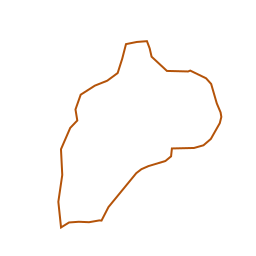 an SVG outline of María Trinidad Sánchez, rotated 73°
{"feature_id": "DOM-1982", "entity_name": "María Trinidad Sánchez", "entity_type": "Province", "adm_level": 1, "iso_a3": "DOM", "parent_name": "Dominican Republic", "parent_adm1": "", "projection": "albers", "projection_center": [-69.986, 19.439], "detail": "fine", "context": "isolated", "style": "outline", "palette": "amber", "viewbox_px": 256, "rotation_deg": 73, "n_neighbors": 0, "source": "natural_earth", "source_scale": "10m", "svg_char_len": 635}
<svg xmlns="http://www.w3.org/2000/svg" viewBox="0 0 256 256"><g transform="rotate(73 128 128)"><path d="M91.3,51.7L103.3,38.8L110.2,35.6L130.4,35.9L140.2,34.9L144.7,35.5L150.2,38.8L162.7,52.0L166.6,60.9L166.4,70.7L160.4,92.0L167.7,95.1L170.5,101.9L170.4,119.5L171.3,127.2L173.6,133.3L197.9,169.8L208.8,180.4L208.0,182.4L206.7,192.8L203.3,202.4L201.1,212.0L203.5,221.1L178.2,216.2L153.7,204.6L128.7,198.3L111.0,183.2L106.0,174.3L94.9,172.8L82.3,163.5L77.8,147.3L76.7,134.0L72.4,121.8L60.1,113.3L47.2,105.4L48.3,94.4L50.5,84.5L58.2,84.0L66.7,84.6L84.8,74.1L91.5,54.0L91.3,51.7Z" fill="none" stroke="#b45309" stroke-width="2"/></g></svg>